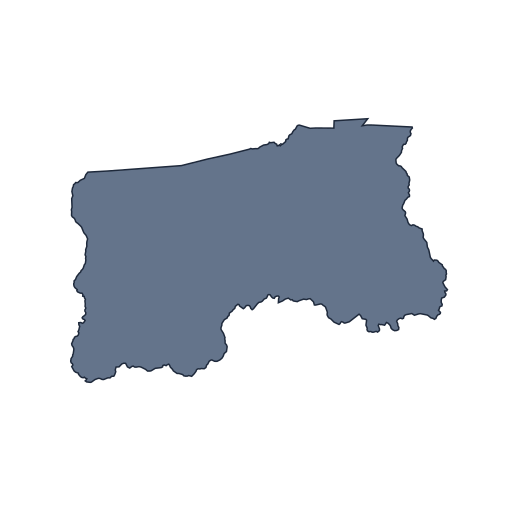 Tongaren, Western, Kenya (Albers equal-area conic projection), rotated 13°
{"feature_id": "3690345B81576383525982", "entity_name": "Tongaren", "entity_type": "district", "adm_level": 2, "iso_a3": "KEN", "parent_name": "Kenya", "parent_adm1": "Western", "projection": "albers", "projection_center": [34.939, 0.777], "detail": "fine", "context": "isolated", "style": "filled", "palette": "slate", "viewbox_px": 512, "rotation_deg": 13, "n_neighbors": 0, "source": "geoboundaries", "source_scale": "gbopen_adm2", "svg_char_len": 6078}
<svg xmlns="http://www.w3.org/2000/svg" viewBox="0 0 512 512"><g transform="rotate(13 256 256)"><path d="M88.1,277.2L88.0,280.0L88.2,281.7L89.0,284.7L88.6,288.2L89.1,289.7L89.2,293.3L90.4,294.8L90.5,296.7L91.1,298.1L91.4,301.7L90.7,303.1L90.4,306.6L89.9,308.1L88.9,309.5L88.7,311.1L87.6,312.6L85.9,316.4L85.4,319.5L84.3,321.3L84.8,322.5L84.6,323.7L84.9,325.1L85.7,326.6L86.9,327.7L89.4,329.0L89.2,330.1L90.2,331.1L93.1,331.7L94.9,331.4L96.0,332.5L96.2,334.1L97.7,334.0L98.2,335.3L99.5,336.5L99.4,338.2L100.4,341.0L100.8,343.6L101.6,344.5L101.9,345.6L101.4,346.9L101.7,348.2L102.8,349.3L103.2,351.0L102.5,352.3L100.9,354.2L100.5,355.4L101.7,356.4L103.1,356.5L104.0,357.3L103.0,359.8L102.0,360.6L100.2,360.2L98.3,360.9L98.9,362.9L100.0,364.1L100.0,367.9L99.6,369.8L100.6,370.6L100.7,372.1L100.5,373.2L99.8,374.3L98.2,375.1L97.4,376.1L97.4,377.4L96.6,378.4L96.7,379.7L96.1,383.0L96.9,384.6L98.5,386.0L99.4,387.5L99.6,388.7L99.9,392.5L99.6,393.6L99.9,394.9L98.9,397.5L99.1,400.1L99.9,401.6L101.3,402.2L102.1,403.4L101.3,405.2L104.7,409.0L106.4,409.8L109.3,410.1L109.7,411.2L112.1,413.0L113.5,413.5L115.0,413.5L116.0,412.7L117.2,413.4L118.8,413.7L118.4,415.1L117.7,416.1L119.3,416.8L123.0,416.4L124.0,415.9L126.9,412.6L129.8,410.7L131.4,410.4L133.9,410.9L135.4,410.6L139.1,408.0L141.2,407.6L142.4,405.7L144.5,405.1L145.0,403.5L145.4,400.3L144.5,398.7L144.6,395.7L147.5,394.8L149.6,391.3L151.3,390.2L153.1,389.9L155.7,393.0L158.2,393.6L159.9,391.5L161.1,390.9L162.7,391.5L164.1,391.3L166.9,390.1L169.0,390.1L174.0,391.3L176.2,392.5L178.7,391.9L179.7,391.4L183.1,388.1L188.7,386.1L189.9,385.1L189.9,383.6L191.2,382.8L193.1,383.1L194.0,381.9L195.3,381.0L196.3,381.8L197.6,383.6L200.1,385.2L201.3,386.5L205.5,388.2L207.4,387.8L211.2,388.0L212.6,389.0L214.6,388.9L216.3,388.4L217.3,387.6L220.4,387.7L222.2,384.8L223.5,381.8L223.6,380.4L224.3,379.4L225.4,378.8L226.8,378.7L227.8,378.0L230.9,377.5L232.3,375.9L232.4,373.4L233.3,372.2L234.0,369.2L235.1,367.9L236.3,367.2L239.3,367.9L241.7,367.4L244.3,365.3L245.9,363.1L246.6,360.9L246.9,358.2L248.7,355.7L248.3,350.9L247.3,349.3L245.5,347.9L244.9,345.3L244.1,343.7L244.2,342.6L241.7,338.7L238.5,335.5L238.0,333.9L238.3,331.0L237.9,329.5L239.5,325.1L241.9,322.8L242.0,321.3L243.1,320.1L242.9,317.6L245.1,315.2L245.7,313.7L247.1,311.8L247.2,309.7L249.2,307.1L250.4,307.2L251.2,308.4L255.5,310.2L256.5,309.1L257.7,306.5L259.3,305.9L260.8,305.9L261.8,306.8L262.7,308.2L264.3,309.2L265.4,308.0L268.1,302.2L269.3,300.5L271.2,299.7L272.3,298.6L273.7,296.0L275.6,294.7L276.1,293.0L276.2,291.5L277.1,290.7L278.4,290.6L280.4,292.4L281.9,293.2L283.4,293.1L283.7,291.7L284.5,290.9L285.7,290.2L287.0,290.0L287.9,290.8L287.6,292.3L288.3,296.5L292.0,293.8L294.3,291.3L297.0,289.8L299.8,291.0L301.1,290.4L302.4,291.4L306.5,291.2L307.7,290.1L312.1,287.3L315.0,287.1L316.7,286.0L318.4,285.4L322.3,287.7L323.9,290.6L325.1,290.4L329.6,288.2L331.0,288.1L332.6,289.0L334.1,289.5L335.2,290.1L337.8,294.1L338.3,295.3L338.3,296.6L338.8,297.8L340.6,299.8L343.1,300.5L346.9,302.9L352.3,304.0L353.1,303.0L353.4,301.7L354.1,300.7L355.7,300.9L357.0,301.5L358.1,301.2L361.7,299.1L369.5,289.5L371.3,290.5L373.6,293.2L377.2,293.0L378.2,293.7L378.7,298.7L380.6,301.3L380.7,302.7L381.5,303.9L383.1,304.4L384.9,303.7L386.2,304.1L387.9,303.7L389.2,302.8L390.4,302.4L391.6,302.8L393.0,301.0L392.8,299.4L390.7,296.2L391.0,294.8L392.6,294.9L393.9,294.5L396.9,294.5L398.1,291.4L399.8,291.8L401.4,292.8L402.5,293.6L404.0,296.1L405.7,297.1L407.9,297.6L409.9,296.9L411.5,295.6L411.3,293.6L409.8,291.8L409.4,290.2L407.7,287.9L408.2,286.4L409.4,284.9L411.0,284.0L412.6,284.3L413.7,283.5L413.7,282.1L414.1,280.5L415.4,279.4L420.8,277.0L423.7,278.1L427.4,275.9L429.1,275.2L436.0,275.0L437.2,275.3L440.3,276.9L442.8,277.0L444.0,277.6L445.3,276.4L445.6,274.3L446.5,272.4L447.9,271.5L448.5,270.5L448.4,269.4L446.0,267.8L446.5,266.2L446.4,264.6L447.1,263.6L448.4,262.8L448.3,261.2L446.9,259.5L446.4,257.2L446.4,255.2L448.8,253.7L449.8,251.2L449.5,250.1L448.3,249.0L447.7,247.7L449.6,247.1L450.1,245.7L447.0,243.5L444.0,239.9L444.2,238.6L446.1,236.4L445.9,233.5L445.3,232.0L445.7,230.6L445.0,229.3L444.7,227.5L443.6,226.3L442.3,226.0L441.3,224.9L440.0,224.0L439.5,222.7L435.5,221.1L434.5,220.0L433.2,219.4L430.6,219.8L430.1,221.1L427.4,219.2L426.2,218.1L423.0,211.2L421.0,208.8L419.4,204.4L415.4,201.2L414.7,200.3L414.4,197.8L413.9,196.5L412.2,194.0L411.8,192.3L408.5,191.9L407.0,191.1L405.2,191.0L403.6,190.3L401.9,190.3L400.6,191.4L399.2,191.2L397.7,190.3L396.5,189.0L394.9,186.0L392.0,183.2L392.1,180.4L391.5,179.3L388.6,177.7L387.8,176.9L387.5,175.6L387.6,173.1L388.1,171.9L388.6,168.3L389.8,166.6L390.7,164.6L392.1,163.6L391.9,162.1L390.2,160.1L390.8,158.8L390.8,157.3L390.2,156.3L389.0,155.6L388.6,154.1L389.3,152.3L388.7,150.8L388.7,147.4L387.5,144.5L385.4,143.5L384.7,141.9L383.7,141.1L383.1,139.9L378.4,137.1L377.4,136.1L376.0,135.8L374.7,136.0L372.5,134.8L371.7,133.9L370.6,130.7L370.8,129.5L373.1,125.7L374.4,122.3L374.1,120.8L374.6,118.1L373.9,116.9L374.2,115.4L374.7,114.0L376.2,113.6L376.9,112.4L376.9,111.0L377.5,109.4L377.1,107.5L377.2,106.3L379.4,103.9L379.5,101.9L378.7,101.1L378.2,99.6L378.7,97.7L379.6,96.2L379.1,95.2L340.1,102.2L335.0,103.3L330.2,105.2L334.0,97.1L301.7,106.7L303.1,113.9L285.6,117.8L280.0,119.4L269.0,118.7L267.7,119.1L266.8,120.0L265.8,123.7L264.9,124.4L263.9,126.6L263.4,128.8L261.5,130.5L261.0,131.6L261.0,134.6L259.9,135.1L259.0,136.0L259.1,137.9L256.7,141.2L255.1,141.2L255.5,142.2L254.8,143.2L253.8,142.4L253.1,143.4L251.9,143.9L251.0,142.4L249.3,142.0L248.0,141.1L244.8,142.3L243.4,142.2L243.1,143.6L241.7,144.9L238.4,146.2L235.0,149.2L234.2,150.6L233.0,151.2L231.6,151.4L228.3,152.5L226.7,152.4L225.5,153.4L207.7,162.6L187.2,172.3L163.0,184.7L92.2,206.6L73.3,212.1L71.9,215.0L71.3,219.0L67.8,221.7L66.0,224.4L65.0,224.8L63.7,225.0L63.3,226.2L62.2,227.5L62.3,229.6L61.9,231.0L62.1,234.6L64.0,238.5L63.5,241.5L65.8,249.9L65.7,252.5L66.4,254.2L67.1,257.9L68.1,259.1L70.5,260.2L71.7,261.5L72.3,262.7L73.4,263.7L74.7,264.1L78.3,266.2L79.6,267.2L82.4,271.2L83.3,272.3L85.8,274.1L88.1,277.2Z" fill="#64748b" stroke="#1e293b" stroke-width="1.5"/></g></svg>